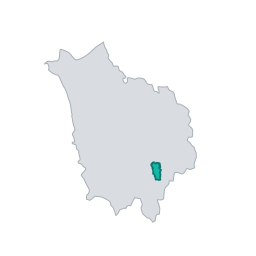 location of Shklow, Mogilev, Belarus, rotated 70°
{"feature_id": "67162791B50878075194487", "entity_name": "Shklow", "entity_type": "district", "adm_level": 2, "iso_a3": "BLR", "parent_name": "Belarus", "parent_adm1": "Mogilev", "projection": "natural_earth1", "projection_center": [30.382, 54.184], "detail": "fine", "context": "in_parent", "style": "filled", "palette": "teal", "viewbox_px": 256, "rotation_deg": 70, "n_neighbors": 0, "source": "geoboundaries", "source_scale": "gbopen_adm2", "svg_char_len": 6836}
<svg xmlns="http://www.w3.org/2000/svg" viewBox="0 0 256 256"><g transform="rotate(70 128 128)"><path d="M206.0,169.3L202.1,169.1L197.5,169.2L194.9,170.6L192.0,169.9L190.0,170.7L185.4,174.7L183.6,176.8L181.9,180.0L180.9,182.5L181.5,184.2L182.3,185.7L182.5,187.4L182.9,188.8L181.8,189.8L181.1,191.2L179.2,190.9L176.8,189.6L176.3,187.6L174.5,186.3L173.3,185.6L171.3,185.5L168.1,186.1L164.0,186.6L160.9,186.7L159.1,187.4L156.6,188.1L155.6,187.3L154.3,185.1L153.1,182.9L152.3,181.9L151.7,181.7L150.8,181.7L149.8,182.4L149.1,183.1L146.5,183.9L145.3,184.7L144.0,186.7L143.2,186.6L142.3,186.1L141.4,183.9L140.0,183.4L137.8,183.3L135.1,182.9L132.9,182.2L132.1,182.3L130.8,183.3L129.3,183.4L126.2,182.6L125.6,183.0L123.8,185.5L122.9,185.6L122.5,185.3L122.8,183.1L121.0,182.3L117.9,182.2L115.8,182.5L114.7,182.4L114.2,182.0L111.6,178.4L110.3,178.2L107.8,178.3L104.1,177.9L99.9,177.1L97.6,176.8L96.4,176.0L93.8,175.7L86.9,174.2L84.0,173.9L79.9,173.9L73.5,173.5L69.4,173.7L67.5,174.2L65.3,174.6L57.7,175.0L55.0,175.4L54.2,176.1L53.2,177.8L50.0,180.7L46.9,182.6L46.3,182.8L44.6,181.7L43.1,181.4L41.4,181.3L40.2,181.6L39.4,182.1L39.4,184.3L39.2,184.5L38.0,181.9L38.1,179.5L38.9,178.1L39.9,176.9L39.6,175.1L40.5,172.6L40.6,170.9L40.3,170.1L39.6,169.2L37.6,168.3L36.8,167.5L34.1,166.5L31.5,165.2L31.1,164.4L31.3,163.9L31.8,163.1L33.9,160.7L36.1,158.4L37.6,157.5L45.1,154.6L46.2,153.6L46.6,151.8L46.6,148.3L46.2,145.1L45.7,142.9L44.5,138.8L40.9,130.3L38.9,121.5L40.4,122.0L43.9,122.2L46.7,121.6L48.2,121.5L49.4,121.7L53.1,121.2L54.0,122.0L55.7,122.7L58.9,121.7L61.8,120.5L64.8,120.6L65.2,120.0L66.0,116.9L66.9,116.2L70.5,116.5L71.8,115.9L73.2,114.4L75.4,113.5L77.1,113.5L78.9,112.4L79.8,113.1L80.2,114.4L79.6,115.4L79.8,115.8L81.1,116.3L83.3,116.3L84.6,115.9L85.0,115.3L85.0,114.2L84.7,113.2L83.8,112.4L82.1,111.9L80.9,111.9L80.7,111.4L81.1,110.2L82.2,108.1L83.6,106.1L84.4,105.4L84.6,104.7L84.4,103.5L84.5,101.4L85.7,98.5L87.3,96.3L89.4,95.5L92.0,95.2L93.7,94.1L94.5,92.9L95.3,91.0L96.1,90.6L102.3,90.8L103.3,88.9L103.8,88.4L105.0,87.8L105.8,87.2L105.5,86.7L104.0,86.3L100.3,86.0L99.5,85.4L99.8,84.6L100.8,82.7L101.8,80.2L102.3,78.2L102.4,77.1L102.9,76.8L106.0,76.4L107.0,76.0L109.6,73.3L111.6,72.9L116.7,73.6L119.1,73.5L122.0,73.7L122.3,73.4L123.4,70.8L128.5,66.6L131.2,65.2L132.9,64.8L133.5,64.9L136.2,67.1L136.8,67.2L138.6,66.3L141.7,66.2L143.2,67.0L145.2,69.7L146.3,70.0L149.3,68.5L151.0,68.0L152.1,68.0L157.8,70.1L158.2,70.8L158.3,71.6L157.4,74.1L158.5,75.6L159.9,76.6L162.9,74.9L163.9,74.5L165.1,74.4L166.7,73.8L167.9,72.9L169.0,72.5L171.1,72.7L174.9,72.5L179.3,74.0L179.7,74.5L181.9,76.2L182.7,77.1L183.4,77.4L184.6,78.2L186.2,78.8L187.3,78.6L187.8,78.9L188.3,79.6L188.3,80.7L188.2,84.0L186.6,85.7L186.4,86.3L186.4,87.0L187.7,88.4L189.3,90.6L189.7,91.9L189.7,92.9L187.5,95.7L186.8,96.4L186.3,97.8L186.0,99.2L186.2,99.8L189.9,102.0L192.6,103.2L193.3,103.8L193.3,104.2L191.9,106.6L191.7,107.3L193.9,108.3L195.2,109.8L196.2,112.4L198.4,114.9L206.2,118.5L206.9,119.2L207.1,119.9L206.9,121.6L205.5,124.8L206.8,125.3L210.3,125.2L214.5,125.6L219.5,127.9L219.6,128.9L219.1,129.8L219.4,130.8L220.0,131.7L224.4,134.2L224.8,135.0L224.9,136.2L224.8,137.1L223.6,137.3L222.2,137.8L220.0,138.8L219.2,140.4L215.7,142.5L213.5,143.5L211.7,143.5L207.5,143.1L206.1,142.0L205.5,141.1L203.8,140.6L201.7,140.6L198.8,140.8L198.2,141.1L197.7,142.3L196.5,144.3L195.6,145.4L199.3,149.5L201.2,151.1L201.8,152.1L201.8,152.8L200.9,153.7L201.1,155.4L202.9,157.7L202.3,158.0L202.1,160.8L202.1,163.8L202.6,164.5L203.6,165.1L204.5,166.2L205.9,168.6L206.0,169.3Z" fill="#d9dde1" stroke="#a8b0b8" stroke-width="1"/><path d="M180.6,113.0L180.5,112.9L180.4,112.7L180.2,112.8L179.9,112.9L179.8,112.7L179.9,112.4L180.0,112.2L179.8,112.1L179.5,112.1L179.3,111.9L179.2,111.8L179.1,111.7L178.9,111.4L178.7,111.3L178.6,111.2L178.5,111.3L178.4,111.6L178.2,111.7L177.9,111.7L177.7,111.7L177.3,111.9L177.3,112.1L177.2,112.3L176.8,112.5L176.6,112.5L176.3,112.4L176.1,112.4L175.9,112.4L175.6,112.3L175.5,112.2L175.6,111.9L175.7,111.7L175.8,111.6L175.9,111.4L176.0,111.3L176.1,111.2L175.9,110.9L175.7,110.8L175.4,110.8L175.1,110.8L174.9,110.7L174.5,110.6L174.4,110.7L174.4,110.9L174.4,111.0L174.2,111.3L173.9,111.4L173.7,111.2L173.8,111.1L173.9,110.9L173.8,110.6L173.4,110.6L173.2,110.6L173.0,110.3L172.6,110.2L172.4,110.2L172.4,110.4L172.4,110.8L172.4,111.0L172.2,111.2L171.9,111.2L171.4,111.0L171.4,111.5L171.5,111.9L171.2,112.0L170.9,111.9L170.7,112.0L170.7,112.4L170.7,112.7L170.5,112.8L170.6,113.0L170.8,113.2L170.9,113.3L171.0,113.4L171.0,113.5L171.1,113.8L171.1,114.0L170.9,114.3L170.7,114.3L170.5,114.5L170.4,114.6L170.0,114.6L169.7,114.6L169.4,114.7L169.3,114.9L169.4,115.0L169.5,115.1L169.5,115.3L169.5,115.5L169.5,115.8L169.4,115.9L169.2,115.9L168.9,115.8L168.8,116.0L168.8,116.3L168.8,116.5L168.9,116.8L169.2,116.9L169.3,116.9L169.4,117.0L169.5,117.0L169.8,117.3L170.0,117.4L170.0,117.6L169.9,117.6L169.7,117.7L169.6,117.8L169.8,118.0L169.6,118.1L169.7,118.3L169.9,118.3L170.0,118.4L170.3,118.4L170.3,118.5L170.5,118.7L170.5,118.8L170.7,119.0L170.8,119.0L171.0,119.0L171.3,119.1L171.5,119.0L171.7,118.9L171.9,118.8L172.0,118.7L172.3,118.5L172.5,118.6L172.8,118.5L172.8,118.4L172.9,118.2L173.1,118.2L173.2,118.3L173.4,118.4L173.5,118.5L173.7,118.4L173.8,118.5L173.8,118.8L173.7,118.8L173.8,119.0L174.0,118.9L174.2,118.6L174.2,118.4L174.3,118.2L174.5,118.2L174.7,118.3L174.7,118.5L174.8,118.7L174.9,118.8L175.1,118.9L175.3,118.9L175.5,119.0L175.8,119.0L176.3,119.1L176.7,119.1L177.0,119.2L177.3,119.2L177.5,119.2L177.8,119.2L178.0,119.2L178.2,119.3L178.2,119.5L178.4,119.8L178.6,119.8L178.8,119.7L179.0,119.7L179.3,119.8L179.3,120.0L179.5,120.2L179.7,119.9L179.8,119.9L180.0,119.7L180.5,119.4L180.8,119.3L181.0,119.2L181.3,119.1L181.5,119.1L181.8,119.0L182.0,119.0L182.1,119.3L182.2,119.5L182.3,119.5L182.5,119.5L182.5,119.4L182.5,119.2L182.8,119.2L182.9,119.3L183.0,119.2L183.4,119.1L183.5,119.2L183.9,119.3L184.0,119.4L184.1,119.5L184.3,119.4L184.5,119.2L184.8,119.2L184.9,119.3L185.0,119.5L185.3,119.7L185.5,119.7L185.8,119.7L186.0,119.7L186.0,119.4L186.0,119.1L186.1,118.9L186.3,118.7L186.2,118.6L186.1,118.4L186.1,118.1L186.3,118.0L186.6,117.7L186.8,117.5L187.0,117.4L187.3,117.2L187.2,117.1L187.3,117.0L187.2,116.9L187.1,116.7L187.2,116.3L187.3,116.2L187.5,116.1L187.7,115.9L187.8,115.7L187.7,115.6L187.7,115.4L187.6,115.1L187.4,115.1L187.2,115.2L187.0,115.3L186.8,115.3L186.7,115.3L186.4,115.2L186.2,115.0L186.1,114.9L185.9,114.7L185.7,114.7L185.6,114.8L185.4,114.9L185.3,115.0L185.2,115.0L184.9,115.0L184.6,115.0L184.5,114.9L184.4,114.8L184.4,114.7L184.4,114.4L184.5,114.2L184.4,113.9L184.1,113.9L183.9,113.9L183.7,113.9L183.5,113.7L183.4,113.6L183.2,113.6L183.1,113.4L182.8,113.2L182.6,113.2L182.4,113.2L182.1,113.2L182.1,113.3L181.9,113.6L181.6,113.6L181.2,113.6L180.7,113.5L180.5,113.4L180.5,113.2L180.6,113.0Z" fill="#14b8a6" stroke="#0f766e" stroke-width="1.5"/></g></svg>